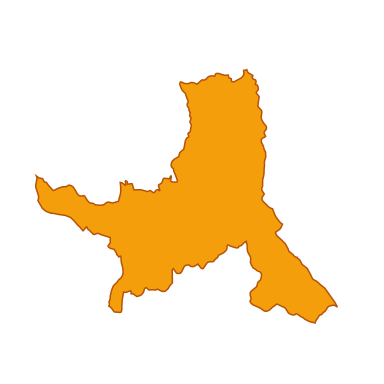 Anh Son, Nghệ An, Vietnam, rotated 276°
{"feature_id": "81297802B23970425053168", "entity_name": "Anh Son", "entity_type": "district", "adm_level": 2, "iso_a3": "VNM", "parent_name": "Vietnam", "parent_adm1": "Nghệ An", "projection": "albers", "projection_center": [105.043, 18.967], "detail": "fine", "context": "isolated", "style": "filled", "palette": "amber", "viewbox_px": 384, "rotation_deg": 276, "n_neighbors": 0, "source": "geoboundaries", "source_scale": "gbopen_adm2", "svg_char_len": 6010}
<svg xmlns="http://www.w3.org/2000/svg" viewBox="0 0 384 384"><g transform="rotate(276 192 192)"><path d="M191.7,35.5L190.0,36.4L182.6,35.9L180.2,36.2L171.8,39.9L169.4,40.0L167.3,39.7L160.2,44.8L159.0,46.4L157.4,49.2L156.2,53.7L156.2,57.4L155.7,62.1L155.5,68.4L154.2,73.1L153.6,74.4L150.6,78.2L147.2,81.7L145.4,84.2L142.0,87.6L142.3,88.1L146.2,90.5L146.3,91.0L144.4,92.1L143.8,92.6L143.4,93.6L139.7,98.2L139.5,99.2L140.7,101.6L141.1,102.8L140.0,106.3L138.2,115.4L132.9,116.0L129.9,114.2L129.1,114.2L128.7,114.5L127.9,115.7L127.4,116.8L126.8,120.8L125.5,121.5L123.2,123.4L121.9,123.6L121.3,124.6L119.7,126.0L120.7,127.4L120.7,127.9L114.4,129.1L109.8,130.9L106.5,131.7L104.4,131.9L101.5,131.5L98.9,130.2L97.2,128.4L93.9,126.6L92.0,124.8L89.9,123.4L86.2,122.4L83.0,121.9L80.0,121.6L76.8,121.7L73.9,120.9L71.6,121.6L69.7,121.2L69.3,122.4L67.8,124.3L64.9,126.8L64.6,127.3L64.7,133.0L65.1,133.9L65.9,134.3L67.5,134.5L71.5,134.1L77.9,133.9L85.2,134.4L85.3,137.0L86.9,140.2L87.2,141.6L86.5,141.9L84.4,142.1L84.3,142.5L84.7,143.7L84.6,144.0L82.3,148.1L83.2,150.4L83.8,151.6L85.0,152.8L87.2,154.3L90.9,154.9L92.0,156.0L92.0,156.7L90.0,159.5L90.6,162.4L90.7,166.1L91.8,167.8L90.1,172.3L90.1,174.2L90.4,175.3L91.0,176.3L93.4,178.4L96.1,179.5L99.6,182.0L112.5,180.5L113.8,181.5L110.1,184.7L109.7,185.2L109.5,187.0L110.0,188.8L110.6,189.5L111.4,190.0L116.6,191.9L117.8,192.6L118.6,193.9L119.1,196.7L118.1,198.0L117.8,198.8L117.8,200.5L118.1,201.7L121.0,205.6L120.0,206.2L117.3,209.0L116.9,209.7L116.8,210.6L117.2,211.2L122.9,214.3L123.9,215.3L124.7,217.9L124.7,219.5L125.2,220.8L127.7,222.3L129.1,224.0L131.9,225.2L133.9,228.4L135.1,230.0L136.8,231.5L138.2,232.4L139.4,232.7L141.5,232.5L142.8,232.9L143.0,233.3L142.9,234.1L142.2,235.8L141.0,241.8L141.5,244.0L142.5,244.2L143.1,244.6L143.9,246.6L147.0,249.1L148.6,251.1L146.8,251.6L145.4,252.3L140.9,252.9L139.1,253.3L136.6,254.7L133.7,256.8L132.7,257.2L131.1,257.4L128.0,257.4L125.0,259.1L122.8,260.9L121.7,263.2L120.5,265.0L119.8,267.5L119.3,268.4L117.5,269.8L115.8,269.9L112.4,269.4L111.4,269.1L109.7,267.4L108.8,266.9L104.7,266.2L99.1,260.9L97.8,260.4L94.9,260.8L92.5,261.9L91.7,261.9L89.4,261.1L89.0,261.2L87.4,262.5L86.2,264.4L84.3,270.1L83.4,272.4L81.4,276.0L81.1,276.9L81.2,278.0L81.5,279.5L82.7,281.3L85.8,284.2L89.5,288.1L86.8,295.9L86.1,297.1L81.9,300.4L81.3,301.3L80.4,303.9L80.3,305.6L80.7,307.2L81.6,308.2L81.6,309.4L79.6,313.0L78.7,315.3L77.2,317.7L76.0,320.8L75.3,323.0L74.6,328.1L75.5,328.2L77.8,329.0L79.2,329.9L82.8,331.7L83.6,333.6L86.4,335.7L86.9,336.5L88.9,337.8L90.8,338.6L92.2,339.5L92.9,340.6L94.2,344.1L94.2,345.7L93.2,347.8L92.6,348.5L93.8,348.0L97.2,345.6L110.1,334.3L113.2,329.5L115.3,326.7L116.6,324.6L117.7,321.7L118.7,320.7L122.7,318.3L128.1,314.5L130.9,310.0L131.7,308.9L134.9,306.9L136.1,305.7L137.0,304.0L138.1,303.4L138.0,301.8L139.1,300.1L139.8,299.5L140.7,298.5L141.2,297.4L142.2,296.4L142.4,295.4L143.0,295.0L143.1,294.6L145.5,293.5L150.3,290.2L154.2,285.4L156.9,281.6L158.0,280.5L160.2,279.3L160.8,279.4L164.0,283.1L165.6,284.1L169.5,285.4L170.7,283.1L174.8,279.1L177.4,277.1L183.8,273.8L184.2,271.8L185.2,269.8L190.5,263.3L191.9,262.4L192.9,262.2L194.0,262.3L197.5,264.1L200.0,262.1L201.8,261.0L202.9,261.0L205.3,261.6L211.4,261.0L215.7,261.6L219.3,261.6L221.9,261.3L225.2,261.4L229.2,260.9L231.6,261.1L234.4,261.7L239.4,261.0L241.8,259.4L245.2,258.1L249.2,255.6L250.4,255.6L251.8,255.6L252.8,256.3L254.0,258.4L255.1,259.4L257.9,257.7L259.0,257.5L259.6,257.7L261.9,259.2L262.9,259.4L264.0,259.4L265.6,258.6L267.0,257.0L268.7,255.5L271.3,253.7L273.3,253.0L278.2,253.1L280.0,252.8L280.7,252.3L283.4,249.1L284.8,248.5L294.0,248.8L296.9,245.8L297.6,245.5L298.1,245.5L299.9,246.8L300.9,247.1L302.0,247.1L304.6,246.2L305.1,245.7L305.6,243.7L307.2,244.2L309.2,244.0L310.0,243.6L310.3,243.0L310.3,242.2L310.8,240.9L311.8,240.2L312.5,239.8L313.0,239.8L313.8,240.4L314.2,240.4L316.2,236.0L316.6,235.4L317.8,234.4L319.4,233.7L318.9,232.9L318.4,230.6L315.6,231.2L313.8,231.1L311.9,230.2L310.3,228.7L307.0,223.7L305.8,222.3L306.2,219.7L308.9,219.1L309.2,217.0L312.2,215.6L311.5,213.3L311.8,210.0L312.6,206.8L312.7,204.9L312.2,203.5L311.5,202.9L309.6,202.6L309.6,199.5L308.9,197.1L307.8,195.7L305.3,193.8L304.6,192.4L304.6,190.7L304.3,189.9L299.7,185.7L300.7,182.9L300.9,180.8L300.8,179.6L299.7,177.6L299.3,175.9L299.1,173.8L300.4,169.4L300.0,168.9L298.9,168.6L297.8,168.6L294.4,170.2L292.2,171.6L289.3,175.0L288.5,175.6L286.9,176.1L281.4,178.9L279.2,178.0L277.1,178.3L274.9,180.1L272.9,180.5L270.5,182.0L267.8,181.6L266.7,182.1L266.4,182.8L265.6,183.3L263.4,183.1L262.3,182.6L261.1,182.7L259.1,184.0L257.8,184.4L251.7,183.8L251.0,183.5L250.7,182.4L249.7,182.0L248.7,182.0L247.6,182.9L246.6,182.9L246.2,182.6L245.2,181.2L242.6,180.1L234.2,179.4L233.2,179.0L232.2,177.8L230.0,175.8L227.8,175.3L225.9,175.2L222.9,171.1L221.6,170.0L220.4,169.0L217.8,168.4L216.2,168.5L214.9,168.9L213.3,170.8L212.7,171.2L210.4,171.9L207.1,173.8L202.0,176.2L201.0,176.3L200.2,175.7L199.9,172.1L200.3,170.0L200.7,169.6L205.0,169.9L205.8,169.4L205.2,168.9L203.1,168.3L202.8,168.0L202.8,163.0L202.5,162.4L201.8,161.9L198.9,161.3L197.8,160.9L195.6,158.1L194.2,158.1L190.7,159.8L190.1,159.8L189.9,159.4L190.8,158.4L190.8,157.6L189.9,155.9L187.8,154.8L187.3,154.2L187.3,153.9L188.0,152.3L189.2,150.4L187.8,147.7L188.9,140.8L188.1,134.0L193.8,131.7L194.0,130.9L193.0,127.4L195.5,126.4L196.0,126.0L196.2,124.7L195.7,124.5L192.3,125.4L192.0,125.3L191.7,124.9L193.7,121.7L194.0,119.6L189.7,120.5L184.8,121.1L182.2,121.0L179.3,120.4L175.8,120.0L175.0,119.7L172.7,114.1L173.2,110.9L173.0,109.0L172.3,107.7L171.0,106.6L170.0,105.2L169.7,104.6L169.1,100.9L169.2,99.1L169.0,97.7L170.4,94.7L170.4,92.1L170.6,91.1L172.7,88.8L176.6,85.8L177.0,85.2L177.0,84.3L176.3,82.2L176.8,79.5L179.2,77.4L181.4,75.9L184.6,73.2L185.3,72.1L185.9,70.3L186.0,69.1L185.7,68.3L184.4,66.6L184.1,65.9L183.8,63.6L183.2,61.7L181.7,58.4L179.2,54.6L179.0,53.8L183.2,48.9L186.3,46.2L186.5,44.7L187.1,43.7L189.2,42.4L189.7,41.9L190.0,38.4L191.7,35.5Z" fill="#f59e0b" stroke="#b45309" stroke-width="1.5"/></g></svg>